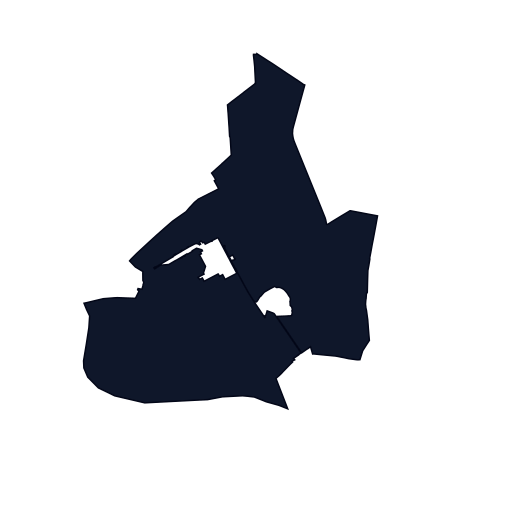 Chiscani, Braila, Romania (orthographic projection), rotated 114°
{"feature_id": "2599482B97827477335554", "entity_name": "Chiscani", "entity_type": "district", "adm_level": 2, "iso_a3": "ROU", "parent_name": "Romania", "parent_adm1": "Braila", "projection": "orthographic", "projection_center": [27.902, 45.204], "detail": "fine", "context": "isolated", "style": "filled", "palette": "ink", "viewbox_px": 512, "rotation_deg": 114, "n_neighbors": 0, "source": "geoboundaries", "source_scale": "gbopen_adm2", "svg_char_len": 5226}
<svg xmlns="http://www.w3.org/2000/svg" viewBox="0 0 512 512"><g transform="rotate(114 256 256)"><path d="M369.1,393.9L373.9,388.9L378.4,383.6L389.5,379.5L405.3,375.2L421.9,370.9L425.1,369.3L428.3,367.7L435.1,360.4L440.6,346.3L441.2,328.2L435.4,297.9L428.3,284.0L410.8,249.6L406.9,241.8L402.6,235.6L398.3,229.4L389.9,212.9L389.2,211.5L387.5,206.6L386.9,204.6L385.5,200.2L385.1,190.8L385.0,187.4L383.1,174.4L383.0,172.4L382.7,164.9L380.1,167.5L365.2,182.5L359.7,188.0L355.6,186.1L353.4,185.2L353.3,185.4L351.9,184.6L351.3,184.5L345.0,182.2L341.2,180.8L338.1,179.5L337.7,180.3L336.7,179.7L335.1,178.4L334.3,180.1L329.3,177.0L329.2,177.2L326.3,175.4L309.1,203.2L303.0,213.2L301.4,215.7L301.2,216.6L301.2,217.6L301.3,219.2L301.5,222.2L301.6,223.5L306.2,222.9L307.2,223.8L307.4,223.7L308.1,222.6L308.7,222.9L299.0,238.5L293.5,246.8L291.4,249.8L278.9,266.1L275.3,270.8L273.5,273.3L270.6,277.0L268.8,279.2L269.3,279.6L272.6,275.5L273.7,274.1L276.3,270.7L276.8,270.0L276.9,269.9L277.2,269.6L279.6,266.5L289.9,274.7L286.6,278.9L289.4,281.1L287.8,283.1L287.8,283.3L300.2,293.1L297.9,296.1L300.3,298.0L299.3,299.4L299.3,299.5L299.5,299.7L299.0,300.3L293.7,296.1L292.9,297.1L286.0,297.9L277.9,308.2L276.2,306.8L274.9,308.4L273.1,307.0L272.3,308.0L273.1,313.5L277.2,316.4L277.6,316.0L282.4,319.4L282.1,319.9L284.2,321.4L284.7,320.8L285.7,321.5L285.2,322.1L287.2,323.5L287.7,322.9L288.6,323.6L288.2,324.2L293.4,327.9L293.3,328.0L299.2,332.2L303.2,339.4L308.9,343.3L309.0,343.4L308.5,344.2L308.3,344.5L307.8,344.2L307.1,343.8L307.3,343.5L301.9,339.6L290.5,331.5L290.3,331.8L288.5,330.5L288.0,331.2L287.0,330.4L287.4,329.8L282.4,326.2L282.0,326.9L280.9,326.1L281.3,325.5L276.1,321.7L275.8,322.2L274.9,321.6L275.2,321.1L269.8,316.8L269.1,315.9L268.8,315.2L268.7,314.7L268.6,314.1L268.5,313.5L268.6,312.9L268.7,312.4L268.8,312.2L267.7,311.4L266.5,313.2L264.6,312.4L265.6,309.9L264.5,309.1L264.7,308.6L265.8,307.2L260.6,302.9L260.6,302.4L260.4,302.2L260.3,302.3L259.9,302.2L259.7,302.3L255.0,298.5L254.9,298.0L256.5,295.9L258.2,293.7L264.0,286.4L266.1,283.7L268.5,280.7L268.0,280.3L265.3,283.6L263.1,286.2L261.9,287.9L260.1,290.2L259.8,289.7L259.5,289.5L259.4,289.4L259.3,289.2L259.3,288.7L259.4,288.4L259.6,288.3L260.0,288.1L260.6,288.0L261.2,287.9L261.5,287.8L261.8,287.5L264.3,284.2L266.9,281.1L267.7,280.1L264.6,277.7L266.5,275.2L266.7,274.9L266.9,274.5L267.0,274.3L267.2,274.5L267.5,274.1L267.6,273.9L268.0,274.2L268.9,274.8L269.3,275.1L269.1,275.4L269.2,275.5L269.3,275.6L269.5,275.9L269.7,276.1L269.9,276.3L270.1,276.1L270.4,276.4L269.6,277.6L269.1,278.2L268.8,278.6L268.5,278.9L268.6,279.1L272.5,274.2L274.1,272.1L275.3,270.6L275.5,270.1L275.7,269.6L276.0,269.2L276.9,268.0L277.6,267.3L278.1,266.9L278.8,266.0L291.2,249.8L293.5,246.6L298.8,238.4L297.9,237.5L297.8,237.3L297.7,237.0L297.7,236.9L297.3,236.8L297.2,236.7L295.8,236.4L291.6,235.9L291.5,235.7L291.3,235.6L290.8,235.3L287.8,234.4L285.9,233.8L285.0,233.3L284.8,233.1L283.4,232.1L280.1,229.7L276.2,226.6L276.4,224.3L275.6,222.9L275.2,222.1L274.9,219.9L275.0,218.8L275.2,217.3L275.3,216.7L276.0,214.9L277.0,212.8L277.8,211.5L278.6,210.4L279.2,209.5L279.7,208.5L281.0,207.2L283.1,206.5L283.7,206.5L285.1,205.7L287.3,204.6L287.9,202.8L290.0,201.1L291.5,200.9L292.9,199.8L295.1,199.4L295.9,199.2L297.0,200.8L297.3,201.6L298.8,204.4L302.8,212.6L311.7,198.0L325.9,174.9L319.2,170.9L319.3,170.8L316.7,169.3L322.5,164.4L322.0,163.5L319.8,156.8L318.8,153.8L316.3,146.4L315.5,144.0L315.3,143.5L315.0,142.5L314.4,140.1L313.8,137.3L313.0,134.0L312.1,129.6L310.0,122.4L309.6,121.2L308.5,118.9L300.1,119.9L299.1,120.0L294.5,119.3L292.4,119.0L287.0,118.1L281.6,121.1L275.9,124.2L268.8,128.0L260.7,133.0L258.7,134.5L256.7,135.6L256.4,135.9L254.8,136.6L252.4,137.5L251.1,137.9L250.2,138.1L245.0,140.0L244.5,139.5L243.8,139.6L231.8,144.6L225.2,147.3L223.7,147.9L218.7,149.1L212.3,150.8L212.1,151.2L205.7,152.7L198.4,154.5L192.7,155.8L180.1,158.8L170.3,161.2L169.9,161.3L171.8,169.2L173.7,177.3L176.3,188.3L176.4,188.5L183.1,193.2L183.2,193.3L188.7,197.1L194.2,200.9L196.8,202.6L197.9,203.4L198.4,204.4L195.5,206.4L194.4,207.2L193.0,208.4L185.6,216.0L155.5,247.3L137.2,266.3L135.1,268.4L133.3,269.9L131.4,271.2L129.2,272.5L127.3,273.2L125.5,273.9L122.9,274.4L97.7,278.3L83.2,280.5L79.9,281.0L79.9,281.4L80.1,282.6L80.1,283.1L79.8,283.2L78.9,288.1L76.5,302.6L73.8,318.0L72.7,325.4L70.8,337.5L71.5,337.3L72.8,340.3L73.6,340.0L78.0,337.4L83.6,334.2L86.6,332.7L98.6,326.6L98.8,327.1L99.1,327.0L111.4,333.7L112.5,334.2L124.7,340.9L129.6,343.5L130.8,342.8L135.5,340.3L136.9,339.5L143.0,336.3L145.1,335.2L149.8,332.7L157.4,328.8L158.4,327.7L173.9,319.6L184.8,324.3L185.1,324.5L185.2,324.4L198.3,330.3L200.5,326.8L202.7,323.8L204.2,324.7L209.8,317.4L227.6,331.9L228.4,332.2L231.1,333.6L232.5,334.2L237.0,335.7L238.6,336.3L244.0,337.9L253.3,343.5L258.2,346.4L267.6,350.8L276.8,355.0L287.8,359.8L302.0,365.9L309.8,368.9L310.1,369.0L311.9,369.5L315.1,361.7L315.9,355.3L316.2,353.0L317.8,352.4L324.5,349.3L325.1,348.4L325.6,348.0L326.2,347.7L326.9,347.6L327.7,347.5L328.2,347.5L328.8,347.2L332.8,346.7L333.7,350.5L335.0,350.4L335.8,348.5L337.0,348.6L343.7,348.9L347.1,357.3L350.5,365.8L352.1,368.9L357.1,378.1L362.2,384.8L367.5,391.7L369.1,393.9Z" fill="#0f172a" stroke="#020617" stroke-width="1.5"/></g></svg>